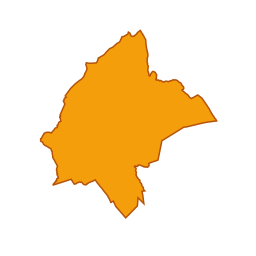 the district of Zinacantán, Chiapas, Mexico, rotated 303°
{"feature_id": "50627088B49923659697837", "entity_name": "Zinacantán", "entity_type": "district", "adm_level": 2, "iso_a3": "MEX", "parent_name": "Mexico", "parent_adm1": "Chiapas", "projection": "robinson", "projection_center": [-92.788, 16.712], "detail": "fine", "context": "isolated", "style": "filled", "palette": "amber", "viewbox_px": 256, "rotation_deg": 303, "n_neighbors": 0, "source": "geoboundaries", "source_scale": "gbopen_adm2", "svg_char_len": 5606}
<svg xmlns="http://www.w3.org/2000/svg" viewBox="0 0 256 256"><g transform="rotate(303 128 128)"><path d="M73.2,182.5L79.9,176.8L82.5,174.2L84.0,175.9L84.4,176.3L84.5,175.4L85.0,174.6L85.2,174.4L85.6,173.8L86.1,173.5L86.2,173.4L86.8,172.3L87.0,171.4L87.4,170.8L87.8,170.5L88.5,169.8L88.6,169.5L88.9,168.6L88.9,168.4L89.4,167.3L89.7,167.0L90.0,166.9L90.5,166.5L90.8,166.1L90.8,165.1L90.8,164.7L91.0,164.1L91.1,163.8L91.6,163.1L91.7,162.3L91.9,161.8L92.2,161.7L92.4,161.3L92.6,160.7L92.8,160.6L93.0,160.6L93.5,160.2L93.7,159.9L94.4,159.5L95.4,159.2L95.6,158.8L96.0,157.9L96.4,157.6L96.7,157.4L97.2,157.4L98.0,157.1L98.5,156.8L98.6,156.5L98.7,156.1L99.0,155.3L99.0,154.8L99.0,154.5L99.2,154.3L99.5,154.3L99.8,154.4L100.3,155.4L100.5,156.3L100.9,156.7L101.3,156.7L101.4,156.8L101.6,157.0L101.9,157.1L102.1,157.0L102.3,156.8L102.7,157.1L103.3,157.6L103.4,158.0L103.6,159.6L103.8,160.5L104.1,161.4L104.0,162.3L104.2,162.9L104.5,163.3L104.9,163.8L104.9,164.3L105.3,164.5L105.5,164.8L105.6,165.0L105.7,165.7L105.8,165.8L106.2,165.9L106.3,166.0L107.1,166.0L107.6,166.2L107.8,166.2L108.1,166.1L109.5,164.7L112.8,166.9L115.5,169.2L117.5,170.6L135.9,163.3L136.1,163.5L142.4,166.5L157.9,173.8L159.2,174.4L160.4,176.1L164.8,180.3L172.1,187.2L175.8,191.0L180.8,196.8L182.2,198.5L183.0,197.1L183.7,194.8L184.5,193.3L185.0,191.8L187.1,187.7L187.9,186.4L190.2,181.3L193.3,173.7L193.7,168.5L187.2,165.1L187.3,164.6L187.2,164.0L187.3,163.0L187.4,162.4L187.8,161.5L187.9,161.3L188.1,160.6L188.5,159.8L188.5,159.2L188.4,158.4L188.4,157.5L188.8,155.5L189.0,153.2L189.2,152.5L189.4,152.5L190.6,153.3L190.9,153.4L191.2,153.3L191.5,153.2L192.2,152.7L192.5,152.5L192.8,152.0L193.0,151.5L193.0,150.6L193.1,150.2L193.5,149.8L193.6,149.5L193.6,149.3L194.3,148.2L194.5,147.5L194.5,146.7L194.2,146.3L194.3,145.0L194.6,144.3L194.6,142.8L194.4,142.0L194.2,141.6L193.7,141.0L193.4,140.2L193.0,139.9L192.8,139.4L192.1,139.0L191.7,139.0L191.2,138.6L190.7,138.0L190.5,137.6L189.1,136.8L188.8,136.6L188.6,135.9L188.4,135.2L188.1,134.5L187.5,133.9L187.2,133.7L186.3,133.2L185.9,132.5L185.7,131.8L185.6,131.3L185.6,131.0L185.7,130.5L185.7,129.8L185.4,129.2L184.7,128.7L184.9,127.9L184.8,127.4L184.7,127.1L184.4,126.7L184.1,126.6L183.9,126.4L183.8,125.9L183.7,125.5L183.7,125.2L183.8,124.9L184.0,124.8L185.1,124.9L185.7,124.5L186.2,123.9L186.5,123.8L187.0,123.6L187.3,123.6L187.9,123.3L188.3,122.9L188.5,122.4L189.0,121.3L189.3,120.9L189.4,120.3L189.4,118.8L189.2,118.4L188.8,117.9L187.2,117.6L185.5,117.7L185.2,117.9L184.4,118.0L183.8,118.0L183.5,117.9L183.3,117.7L183.3,117.4L183.5,117.0L183.8,116.7L184.6,116.2L185.4,115.4L185.8,114.6L186.6,113.9L186.8,113.6L187.0,113.2L187.5,112.9L188.5,112.5L189.2,112.2L189.4,112.0L190.0,111.7L190.6,111.5L190.9,111.3L191.4,110.4L191.7,110.0L193.1,109.0L193.7,108.2L194.5,107.6L195.4,107.1L195.8,107.0L196.2,106.5L197.0,106.2L199.1,105.5L201.2,104.1L201.5,103.7L202.0,103.3L202.2,102.9L205.4,99.8L206.0,99.3L207.7,97.7L208.8,97.0L209.0,96.6L209.8,96.2L210.2,95.9L210.8,95.4L211.6,94.9L212.8,92.6L213.8,90.9L214.0,90.1L214.4,89.7L214.8,89.1L214.9,88.4L216.4,85.5L216.5,85.1L216.2,85.0L214.8,84.6L213.8,84.1L210.8,83.8L209.2,83.2L208.1,83.1L207.8,82.2L207.1,81.6L206.9,80.5L207.4,79.6L207.9,79.1L208.6,77.9L208.6,76.1L206.6,76.7L203.5,75.1L202.8,74.8L201.3,73.3L200.1,73.4L199.6,73.7L198.2,73.7L196.7,74.1L195.5,74.0L194.1,73.5L193.3,72.8L187.4,71.2L184.5,69.4L179.7,68.4L177.2,68.2L175.4,67.6L172.1,65.8L171.4,65.8L170.7,65.0L170.2,65.0L169.6,65.3L167.0,66.0L165.3,65.9L162.0,61.5L160.8,59.6L160.2,58.0L160.0,57.5L158.4,58.0L155.6,61.2L154.4,61.7L151.8,62.1L150.5,62.1L149.3,62.4L148.0,62.8L146.5,62.8L145.3,62.7L143.7,62.4L141.3,61.4L136.3,59.7L129.9,58.3L120.9,57.8L120.2,58.5L120.1,59.4L119.1,58.8L117.8,58.6L117.6,58.6L116.0,59.4L115.4,59.1L113.7,62.0L101.7,64.0L101.6,64.7L101.2,65.1L100.7,65.0L100.2,64.7L99.7,64.9L99.4,65.6L98.9,66.3L98.4,66.7L97.3,68.0L96.7,68.0L96.3,67.4L95.3,67.0L94.7,67.0L93.4,67.2L92.6,67.6L92.0,67.4L91.7,67.1L91.2,67.2L90.7,68.2L90.2,68.3L89.7,68.2L89.2,67.8L88.6,67.2L87.7,66.9L86.4,67.0L85.2,66.8L84.5,66.6L83.8,66.5L82.9,66.5L81.9,66.2L81.8,65.9L81.7,64.7L80.9,63.3L80.3,62.4L79.2,61.3L78.2,60.8L77.8,60.5L76.9,60.8L76.8,61.0L75.8,60.6L75.0,60.8L73.1,60.9L72.3,61.1L71.9,60.9L71.5,60.6L71.2,60.7L70.6,61.2L69.9,61.5L69.5,61.8L69.3,62.5L69.6,63.4L69.6,63.9L69.5,64.3L69.2,64.8L68.8,65.4L68.3,66.2L68.2,68.5L68.5,70.0L68.4,72.4L68.6,73.5L68.6,74.4L68.3,75.2L67.1,76.3L66.9,77.4L66.6,77.7L65.7,78.0L64.5,79.2L62.1,81.2L61.0,83.5L60.8,84.0L60.5,84.6L59.9,85.3L59.7,85.8L58.7,87.8L58.2,88.4L57.6,89.6L57.3,89.9L56.3,90.0L55.0,90.3L54.8,90.4L54.7,90.6L54.1,90.8L53.6,91.0L53.2,91.9L52.8,92.2L51.9,92.5L51.4,93.1L51.4,93.7L51.2,93.8L50.7,93.7L50.4,93.7L50.1,94.1L50.0,94.6L49.7,94.8L49.0,95.8L48.7,96.4L48.2,96.9L47.7,96.7L47.4,96.3L46.9,96.0L46.4,95.9L46.1,96.0L45.8,96.3L45.4,96.7L44.8,96.9L44.6,96.7L44.4,96.3L43.2,96.7L42.9,96.5L42.8,96.3L42.7,96.2L41.1,96.2L40.9,96.2L40.3,95.9L40.2,96.0L39.9,96.0L39.6,96.2L39.5,96.4L54.0,108.2L51.7,113.4L51.7,113.7L52.1,114.0L52.5,114.1L52.7,114.5L52.8,114.7L54.3,115.2L54.7,115.4L55.0,115.9L55.1,116.0L55.4,116.2L55.6,116.2L55.9,116.4L56.2,116.7L56.4,117.0L56.4,117.5L57.1,118.1L57.3,118.6L56.6,121.3L56.7,122.2L57.0,123.0L57.4,123.6L58.2,124.2L58.7,123.9L61.1,125.2L63.1,126.5L64.0,127.2L65.2,128.1L65.5,128.1L66.7,128.8L65.8,130.8L65.4,131.9L65.2,132.3L64.5,134.6L63.9,136.0L63.3,138.6L62.9,139.8L62.5,140.6L62.2,141.4L61.3,144.1L60.7,146.0L60.0,147.8L58.2,151.2L56.2,154.2L56.6,154.5L57.6,154.9L58.7,155.5L56.6,158.9L55.6,160.4L51.4,175.0L67.8,178.3L74.9,174.4L73.2,182.5Z" fill="#f59e0b" stroke="#b45309" stroke-width="1.5"/></g></svg>